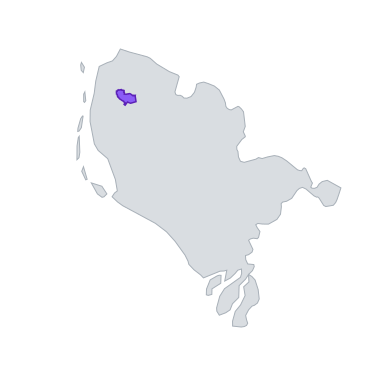 Noordenveld, Drenthe, Netherlands shown in context, rotated 286°
{"feature_id": "6326949B11636300368491", "entity_name": "Noordenveld", "entity_type": "district", "adm_level": 2, "iso_a3": "NLD", "parent_name": "Netherlands", "parent_adm1": "Drenthe", "projection": "albers", "projection_center": [6.459, 53.095], "detail": "fine", "context": "in_parent", "style": "filled", "palette": "violet", "viewbox_px": 384, "rotation_deg": 286, "n_neighbors": 0, "source": "geoboundaries", "source_scale": "gbopen_adm2", "svg_char_len": 4704}
<svg xmlns="http://www.w3.org/2000/svg" viewBox="0 0 384 384"><g transform="rotate(286 192 192)"><path d="M237.0,334.0L230.6,333.8L224.7,333.5L221.5,333.0L218.2,331.5L216.7,328.4L214.9,324.6L215.4,322.3L221.1,315.9L221.9,314.2L221.4,313.2L221.9,310.4L226.3,300.7L226.9,296.9L225.0,294.2L222.3,292.5L213.4,289.6L209.2,285.5L207.3,281.9L205.4,280.9L202.4,282.0L195.0,283.2L189.1,281.2L182.2,274.4L180.6,268.5L179.9,263.9L178.1,262.3L175.7,264.5L172.7,268.2L166.7,268.5L165.1,267.6L164.8,265.5L164.5,263.6L163.0,261.1L161.2,259.7L153.6,266.4L150.8,266.3L147.3,263.6L145.7,260.9L141.8,262.3L138.2,265.4L139.3,271.4L137.4,272.4L133.1,271.8L128.3,269.1L123.0,267.5L115.0,263.1L103.5,266.0L95.7,261.7L89.2,261.1L85.2,257.7L81.1,252.2L84.3,248.7L87.4,247.6L99.4,247.4L108.0,249.9L123.3,262.1L127.3,262.2L131.6,260.8L129.5,257.6L125.6,255.9L119.9,252.6L115.4,248.0L126.4,247.0L124.9,244.6L123.6,240.7L112.6,226.7L114.7,223.1L117.8,215.3L121.6,208.9L124.5,207.2L129.4,202.7L139.9,189.4L146.7,178.5L151.8,165.4L159.7,129.3L161.9,123.2L165.4,116.5L169.6,117.8L172.5,119.9L182.9,114.9L200.8,101.8L206.1,90.3L211.3,84.9L231.6,74.6L242.7,71.6L259.9,70.8L272.2,68.9L287.1,68.2L292.8,74.7L296.1,79.4L301.5,82.0L309.7,83.7L309.3,93.1L309.6,111.7L309.0,115.0L305.3,122.8L301.5,136.9L300.5,146.2L299.3,147.9L283.5,148.0L281.2,149.6L280.9,151.6L281.7,154.0L281.3,156.3L280.1,158.3L280.8,161.3L283.5,164.8L288.6,166.9L294.0,167.1L296.8,166.7L298.8,169.1L300.9,173.0L300.7,177.8L300.0,184.3L297.5,190.2L290.1,197.2L286.8,199.6L283.7,200.9L282.2,202.7L281.5,205.0L281.7,207.1L287.0,212.6L286.9,213.8L285.4,216.7L283.3,219.4L269.7,225.1L264.0,224.7L260.8,227.5L259.8,228.0L256.2,225.4L248.2,222.4L245.2,223.4L243.6,225.0L238.5,227.0L234.9,230.1L234.9,234.0L241.2,244.4L243.4,246.4L243.5,250.2L246.6,255.1L249.7,261.1L250.1,265.0L249.7,268.9L248.0,274.4L242.4,287.3L242.3,289.7L242.7,291.6L244.7,292.2L246.1,293.1L245.7,294.9L235.1,303.8L233.8,305.3L229.4,304.8L228.7,306.3L229.3,308.8L231.0,310.9L234.7,312.0L237.9,314.3L240.5,318.8L237.0,334.0ZM128.3,269.1L127.3,272.8L124.8,276.9L116.4,282.5L107.7,286.1L103.3,285.5L100.4,283.3L98.8,281.1L94.4,278.9L88.1,277.6L84.1,279.7L81.2,281.7L78.8,281.2L77.1,279.4L75.8,276.6L74.3,268.0L79.0,266.6L89.1,266.5L96.8,269.8L107.1,271.6L115.1,267.8L121.2,271.5L128.3,269.1ZM112.5,233.7L118.3,239.3L119.5,241.1L119.9,242.9L112.2,244.8L104.4,237.9L99.0,239.3L97.1,236.1L97.1,234.1L102.7,232.7L112.5,233.7ZM172.7,103.8L166.7,110.7L163.1,108.7L162.1,107.0L164.1,101.6L173.0,92.7L172.7,103.8ZM199.3,73.2L193.8,73.9L191.3,72.5L204.6,68.8L213.0,67.7L214.5,68.2L199.3,73.2ZM234.9,66.4L223.3,67.9L219.4,66.6L218.7,65.5L221.9,64.8L231.8,64.8L234.9,65.8L234.9,66.4ZM186.4,80.7L175.3,87.7L174.4,86.5L181.5,80.3L186.4,80.7ZM282.3,54.2L276.8,54.6L278.4,52.0L283.4,50.0L286.1,50.0L282.3,54.2ZM258.7,61.4L250.5,64.7L248.5,64.0L249.0,63.0L256.2,60.9L258.7,61.4Z" fill="#d9dde1" stroke="#a8b0b8" stroke-width="1"/><path d="M266.4,92.1L265.6,92.4L265.4,92.4L265.3,92.8L265.3,93.0L265.2,93.1L265.1,93.3L264.8,93.5L264.7,93.5L264.4,93.7L264.2,93.8L263.9,94.0L263.8,93.9L263.7,94.1L263.3,94.2L263.2,94.2L263.0,94.3L262.9,94.4L262.9,94.5L262.8,94.8L262.8,95.1L262.8,95.3L262.7,95.4L262.5,95.6L262.4,95.6L262.2,95.8L262.1,96.0L261.9,96.2L261.9,96.3L261.7,96.5L261.5,96.8L261.5,97.1L261.4,97.4L261.3,97.9L260.9,98.8L260.8,99.1L260.7,99.5L260.6,99.8L260.5,100.4L260.5,100.7L260.4,101.2L260.0,101.3L259.9,101.5L259.7,102.1L259.6,102.5L259.3,103.2L257.6,102.5L257.4,102.9L257.3,103.0L257.2,103.2L257.0,103.8L260.7,105.2L260.7,105.3L260.6,105.8L260.6,106.1L260.5,106.7L260.4,108.5L261.6,110.5L262.1,111.2L262.2,111.4L262.4,111.7L263.4,113.3L265.6,112.3L268.9,110.8L269.3,110.8L269.1,110.2L268.8,110.3L268.5,109.6L268.5,109.4L268.4,109.1L268.3,108.8L268.7,108.7L268.5,108.0L269.2,106.3L269.3,106.0L269.4,105.4L269.4,105.2L269.3,104.7L268.9,103.9L268.8,103.6L268.7,103.6L268.7,103.4L268.0,102.3L268.0,102.2L267.9,102.2L267.6,101.3L267.6,100.9L267.5,100.4L267.4,99.9L268.4,99.7L268.5,99.8L269.3,99.4L269.2,98.9L269.4,98.9L269.6,98.9L270.2,98.8L270.5,98.7L270.8,98.8L270.9,98.7L270.9,98.4L270.9,98.2L270.8,97.9L270.7,97.9L270.7,97.7L270.8,97.5L270.8,97.4L270.7,97.2L270.6,96.9L270.6,96.7L270.8,96.5L270.8,96.4L270.7,96.4L270.8,96.2L270.7,96.2L270.5,95.9L270.7,95.7L270.6,95.4L270.7,95.2L270.6,94.9L270.4,94.9L270.3,94.7L270.2,94.5L270.2,94.4L270.0,94.2L270.0,93.9L269.9,93.8L269.9,93.7L269.7,93.5L269.7,93.4L269.5,93.2L269.5,92.9L269.4,92.8L269.4,92.7L269.2,92.5L269.2,92.4L269.3,92.4L269.1,92.2L268.9,92.1L268.4,92.2L268.3,92.3L268.2,92.3L268.2,92.2L268.1,91.9L268.0,92.0L267.9,91.9L267.7,91.8L267.7,91.7L267.4,91.7L267.3,91.8L266.9,91.9L266.5,92.0L266.4,92.1Z" fill="#8b5cf6" stroke="#5b21b6" stroke-width="1.5"/></g></svg>